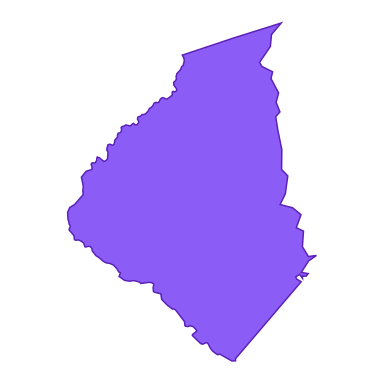 Oconee, South Carolina, United States of America (Natural Earth projection)
{"feature_id": "52423323B77121612808563", "entity_name": "Oconee", "entity_type": "district", "adm_level": 2, "iso_a3": "USA", "parent_name": "United States of America", "parent_adm1": "South Carolina", "projection": "natural_earth1", "projection_center": [-83.156, 34.764], "detail": "fine", "context": "isolated", "style": "filled", "palette": "violet", "viewbox_px": 384, "rotation_deg": 0, "n_neighbors": 0, "source": "geoboundaries", "source_scale": "gbopen_adm2", "svg_char_len": 2678}
<svg xmlns="http://www.w3.org/2000/svg" viewBox="0 0 384 384"><path d="M182.3,55.1L183.7,57.6L184.2,59.6L184.2,61.6L183.1,65.5L181.6,66.7L180.7,69.4L176.8,73.7L176.1,76.5L176.4,79.2L174.9,81.4L173.7,82.2L173.8,85.1L175.6,87.6L176.4,88.6L176.7,89.4L176.5,90.7L175.8,91.3L174.6,91.9L173.2,91.3L172.5,91.7L172.1,93.0L172.3,94.6L172.0,95.4L167.3,98.9L166.1,99.0L162.9,97.6L161.4,98.1L160.2,99.3L159.2,101.7L157.8,102.7L155.9,102.4L154.2,103.0L153.2,105.1L151.7,107.0L149.4,108.5L148.5,110.6L145.8,113.6L144.0,114.5L141.9,114.6L140.6,116.2L137.9,117.0L137.4,118.9L138.9,122.2L136.9,124.8L135.0,124.7L133.3,123.3L130.1,126.0L125.8,124.9L124.3,126.0L121.9,126.6L121.2,127.4L121.4,129.0L121.5,130.8L120.4,132.6L118.1,133.3L117.5,134.7L117.4,137.4L116.0,138.8L114.8,140.2L114.3,143.4L113.9,144.3L113.4,144.8L112.2,145.2L111.4,144.8L110.3,144.3L109.3,144.3L107.8,145.0L106.7,149.7L108.0,152.2L107.5,158.8L106.1,160.5L104.0,161.4L100.5,158.8L99.7,157.9L97.3,157.0L96.8,158.2L96.7,160.3L95.3,162.7L93.9,162.9L92.9,162.9L92.0,163.0L91.5,163.5L91.2,164.1L91.2,164.8L91.9,166.2L92.1,168.9L90.9,169.8L86.2,171.2L81.4,177.1L83.3,186.4L82.8,191.2L83.2,194.6L74.5,204.6L69.7,207.5L67.6,212.5L68.0,219.7L68.0,219.8L68.5,220.7L68.7,221.4L69.2,224.3L70.2,225.9L70.2,226.9L69.3,228.5L69.2,229.6L69.4,230.5L70.2,231.3L71.6,232.8L72.7,234.1L73.7,235.4L74.1,236.6L74.1,236.8L74.3,238.4L74.4,239.5L75.6,240.3L78.4,239.9L80.7,240.9L82.5,242.1L83.5,243.0L83.9,243.7L84.9,246.8L85.8,247.0L88.4,246.3L90.4,246.7L91.9,248.4L92.2,250.8L95.9,255.6L98.9,257.5L102.9,261.0L105.7,262.7L110.3,263.6L113.5,265.1L116.8,268.6L118.6,271.7L120.4,272.8L119.1,276.5L124.6,280.4L129.4,281.2L134.0,280.6L139.6,282.1L140.9,283.5L149.1,282.3L151.9,282.8L153.5,283.8L153.7,284.7L153.5,285.8L153.1,287.6L153.4,291.3L154.4,292.2L160.8,293.8L161.7,299.5L167.7,305.5L172.5,309.1L173.6,308.9L175.6,310.0L184.5,321.6L184.7,323.6L184.9,325.5L185.4,326.2L187.9,326.6L189.7,325.8L189.9,325.8L192.1,326.3L193.5,326.9L196.7,330.5L196.7,331.1L192.5,334.5L192.4,335.6L200.7,343.6L202.6,344.2L206.2,342.7L207.8,343.2L210.1,347.7L210.7,348.7L212.8,351.3L217.0,354.4L218.1,354.7L219.6,354.0L231.9,361.0L235.6,360.8L235.5,358.9L236.8,356.9L237.0,356.9L301.2,281.7L296.7,279.1L295.7,276.9L299.6,274.4L302.5,278.3L302.3,276.2L306.1,276.1L308.2,273.6L301.3,272.4L308.6,260.9L316.4,255.5L308.4,256.5L302.4,246.7L303.5,231.1L296.3,227.7L301.0,214.7L292.6,207.8L280.1,204.5L285.3,193.9L287.8,175.9L281.6,169.5L281.8,149.6L277.8,129.9L275.7,116.7L279.9,111.9L276.1,102.3L278.6,92.9L271.0,78.6L272.6,71.8L261.9,66.5L259.6,62.3L270.4,46.4L271.5,34.5L281.2,23.0L233.2,38.1L229.1,39.5L182.3,55.1Z" fill="#8b5cf6" stroke="#5b21b6" stroke-width="1.5"/></svg>